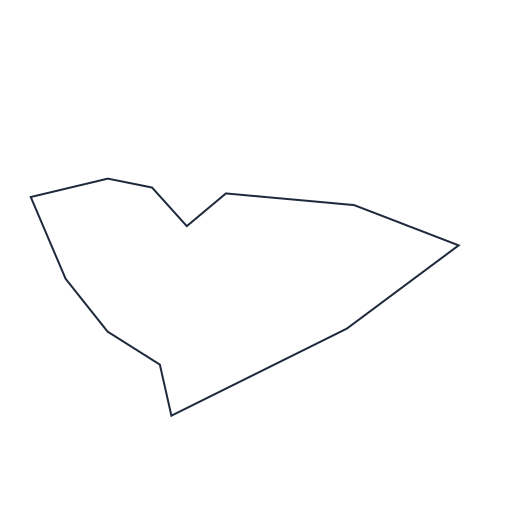 an SVG outline of Għarb, rotated 162°
{"feature_id": "MLT-5975", "entity_name": "Għarb", "entity_type": "state/province", "adm_level": 1, "iso_a3": "MLT", "parent_name": "Malta", "parent_adm1": "", "projection": "robinson", "projection_center": [14.205, 36.061], "detail": "fine", "context": "isolated", "style": "outline", "palette": "slate", "viewbox_px": 512, "rotation_deg": 162, "n_neighbors": 0, "source": "natural_earth", "source_scale": "10m", "svg_char_len": 320}
<svg xmlns="http://www.w3.org/2000/svg" viewBox="0 0 512 512"><g transform="rotate(162 256 256)"><path d="M60.0,203.5L192.0,158.9L385.8,130.3L381.0,182.4L420.5,229.9L444.1,293.1L452.0,381.7L373.1,375.4L333.7,353.2L312.6,305.8L265.3,324.8L147.0,274.1L60.0,203.5Z" fill="none" stroke="#1e293b" stroke-width="2"/></g></svg>